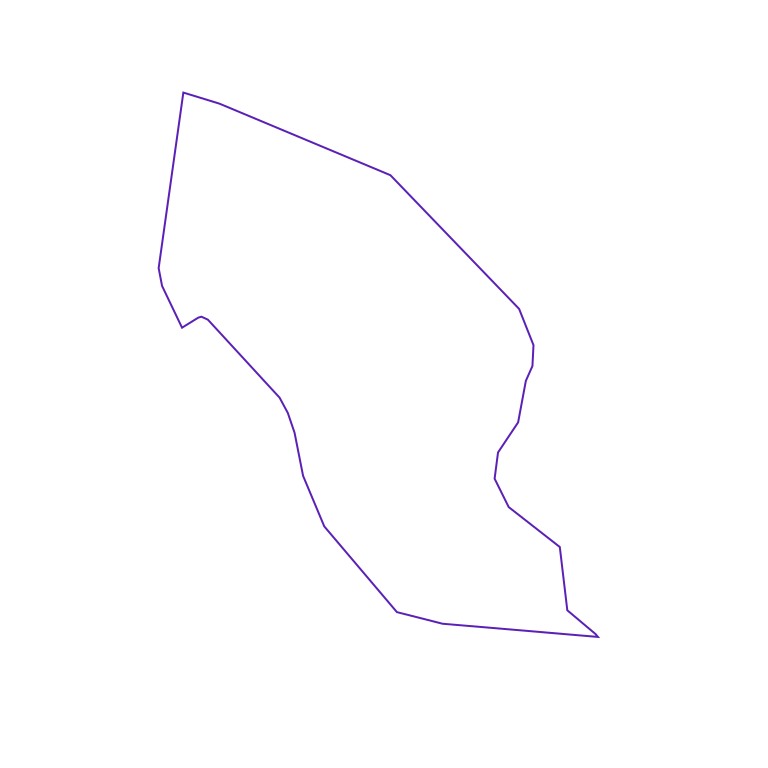 an SVG outline of Saint Patrick, rotated 289°
{"feature_id": "DMA-1439", "entity_name": "Saint Patrick", "entity_type": "Parish", "adm_level": 1, "iso_a3": "DMA", "parent_name": "Dominica", "parent_adm1": "", "projection": "robinson", "projection_center": [-61.309, 15.272], "detail": "fine", "context": "isolated", "style": "outline", "palette": "violet", "viewbox_px": 768, "rotation_deg": 289, "n_neighbors": 0, "source": "natural_earth", "source_scale": "10m", "svg_char_len": 512}
<svg xmlns="http://www.w3.org/2000/svg" viewBox="0 0 768 768"><g transform="rotate(289 384 384)"><path d="M594.2,99.4L595.5,137.0L583.5,322.1L499.0,487.3L469.4,512.7L449.3,518.5L433.2,517.1L391.4,523.3L356.4,514.1L330.5,519.4L308.2,542.0L287.1,603.3L229.7,631.0L216.4,665.5L214.5,668.6L176.4,517.5L172.5,470.5L229.9,373.9L270.8,337.4L308.8,315.3L325.3,302.5L337.1,289.7L387.5,196.5L388.2,189.5L386.3,186.8L371.5,174.7L404.5,142.2L420.2,133.2L594.2,99.4Z" fill="none" stroke="#5b21b6" stroke-width="2"/></g></svg>